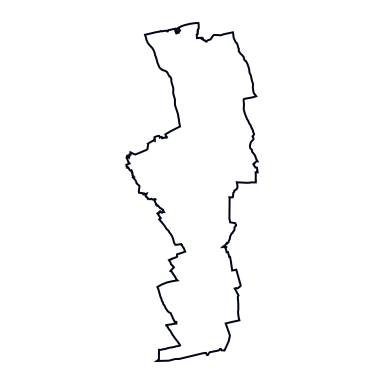 Dealu Morii, Bacau, Romania
{"feature_id": "2599482B68692155897535", "entity_name": "Dealu Morii", "entity_type": "district", "adm_level": 2, "iso_a3": "ROU", "parent_name": "Romania", "parent_adm1": "Bacau", "projection": "albers", "projection_center": [27.291, 46.281], "detail": "fine", "context": "isolated", "style": "outline", "palette": "ink", "viewbox_px": 384, "rotation_deg": 0, "n_neighbors": 0, "source": "geoboundaries", "source_scale": "gbopen_adm2", "svg_char_len": 5951}
<svg xmlns="http://www.w3.org/2000/svg" viewBox="0 0 384 384"><path d="M224.5,350.5L228.6,341.5L229.7,336.8L229.9,335.4L225.7,323.4L239.4,320.3L238.5,316.6L238.0,311.7L238.3,310.2L238.3,303.8L237.8,296.9L238.5,295.4L234.8,288.5L236.2,288.1L237.5,288.3L238.1,288.1L239.0,287.1L239.5,287.0L240.4,286.2L240.7,285.5L236.3,269.7L232.2,270.5L230.7,260.1L230.0,256.8L229.2,256.9L228.0,252.1L226.6,252.2L226.3,250.5L225.2,247.6L226.3,247.3L226.3,246.9L222.5,247.1L223.3,246.3L224.5,245.8L226.2,244.0L226.4,243.6L227.0,243.7L227.4,243.2L227.3,242.8L227.9,242.8L228.6,242.0L229.0,240.4L229.4,240.0L229.9,238.5L230.0,236.8L231.3,234.3L231.5,233.5L232.4,233.1L233.4,231.3L234.1,230.6L234.4,229.8L234.5,227.4L236.0,225.6L236.0,224.6L235.4,223.9L235.3,223.2L230.1,222.3L230.0,220.9L229.4,218.9L229.6,199.6L229.6,197.8L229.4,197.3L232.7,197.3L233.0,196.2L233.3,192.9L234.2,191.8L234.2,190.8L235.8,189.6L236.5,189.4L236.9,188.5L237.3,188.1L237.5,186.8L237.2,184.0L236.8,182.3L246.6,182.8L249.8,182.7L251.2,182.4L255.8,182.4L255.9,180.0L255.7,179.9L255.8,175.1L255.6,172.3L257.7,172.3L257.7,172.1L257.5,171.5L257.1,171.4L257.0,170.8L257.4,170.2L256.9,167.6L255.6,167.5L255.6,167.3L254.9,166.8L253.3,164.2L253.6,163.7L254.2,163.9L255.4,162.2L256.8,161.3L257.5,161.3L256.5,159.7L255.2,156.0L254.8,155.1L252.1,151.7L251.9,149.9L250.2,148.1L250.0,147.1L250.0,145.1L250.7,142.9L251.6,141.2L253.1,139.7L253.5,139.0L253.2,137.3L252.7,136.9L252.5,136.4L253.8,134.8L254.1,134.3L253.1,131.6L253.1,130.7L252.2,129.0L251.8,128.7L251.8,128.0L250.9,126.6L250.7,125.4L248.9,122.9L248.6,121.6L247.0,119.0L244.7,113.1L243.7,109.2L244.0,104.1L243.6,100.8L243.7,99.4L244.2,98.9L252.9,97.3L256.2,96.2L254.0,93.4L253.6,92.5L253.2,90.3L252.8,87.2L253.1,84.2L251.9,80.5L250.8,75.3L249.6,72.9L249.0,68.5L247.5,64.1L246.0,61.2L245.2,60.8L244.4,59.8L244.0,58.8L243.6,56.9L242.3,55.3L240.6,53.7L239.5,52.3L239.1,51.2L238.8,51.2L238.6,50.0L238.9,48.9L238.2,47.5L237.3,44.1L236.8,43.2L235.7,42.2L234.4,39.6L233.8,38.2L233.4,36.1L233.3,34.3L232.9,32.3L223.5,34.3L221.0,35.3L214.1,34.9L212.9,35.9L211.2,38.5L210.4,39.5L208.0,40.2L206.8,41.1L206.6,41.6L205.9,41.5L205.6,41.4L205.0,40.4L203.5,40.1L203.2,39.8L202.8,38.2L202.5,38.0L202.3,37.9L201.6,38.8L200.9,38.2L200.9,37.8L197.0,38.1L196.8,36.5L196.9,35.4L196.7,34.6L197.3,34.3L197.4,33.5L197.8,33.5L197.6,31.3L197.9,31.3L197.9,29.4L198.5,28.9L198.7,28.4L198.7,24.7L198.4,23.0L195.3,23.1L190.1,23.8L184.5,25.2L181.5,26.2L178.9,27.6L178.0,28.1L178.1,28.8L179.1,29.1L180.0,30.6L179.4,31.2L178.0,31.7L177.8,31.2L176.9,31.4L177.3,32.2L178.0,32.2L178.5,32.7L176.3,33.4L175.5,31.5L175.1,29.8L176.6,29.3L176.1,28.7L175.8,28.6L168.3,30.2L168.2,30.7L167.8,31.3L166.8,31.3L166.5,30.9L165.8,30.7L161.3,31.4L161.0,31.0L158.8,31.8L156.9,32.0L145.0,34.8L146.2,38.4L146.3,39.4L147.6,42.6L149.5,45.1L152.5,48.3L153.1,49.3L154.3,51.8L154.4,52.5L154.9,53.7L155.2,55.5L156.0,57.2L157.6,63.1L159.3,67.1L160.2,68.3L161.5,69.4L163.0,70.2L165.1,70.8L167.1,72.1L169.5,76.6L170.3,76.7L171.3,79.0L171.4,81.8L173.3,88.1L173.2,92.8L173.7,95.3L174.4,97.5L175.0,100.0L174.9,102.4L175.0,105.2L177.8,113.6L178.3,116.1L178.4,117.5L178.8,118.7L179.0,120.9L180.0,126.5L170.7,131.2L165.3,134.4L166.3,136.4L167.0,137.2L166.6,137.7L164.6,137.5L163.3,138.0L162.1,138.2L162.1,137.4L161.6,136.9L161.0,136.9L159.9,137.5L159.8,136.9L159.1,135.9L156.5,136.3L154.4,137.3L154.4,138.5L154.6,138.5L154.9,139.4L154.7,139.6L154.8,140.9L153.5,140.4L147.8,143.7L148.2,144.6L147.7,147.0L147.6,148.7L146.7,149.8L137.5,153.7L136.5,153.9L135.6,154.5L134.0,154.1L130.6,152.4L130.6,152.6L130.4,152.6L130.6,154.6L129.3,154.6L129.2,155.4L129.5,156.1L129.4,156.4L129.2,156.9L129.1,157.6L128.7,157.3L127.8,157.6L127.9,157.2L128.1,157.0L128.1,156.5L127.8,155.8L127.3,155.6L127.1,155.8L126.7,157.3L126.5,157.5L126.6,158.0L127.2,158.8L128.4,162.2L128.9,162.4L129.6,163.5L126.3,164.8L126.3,165.1L126.8,166.3L126.6,166.3L126.6,166.8L126.8,167.0L127.2,167.0L127.3,167.8L128.2,167.5L129.1,168.9L129.4,169.6L130.2,170.5L130.5,170.7L131.4,170.2L131.9,171.3L131.7,171.7L132.5,172.8L132.5,173.1L132.1,173.1L132.7,175.0L133.0,175.5L132.6,175.6L132.7,175.9L134.0,177.0L133.0,177.5L134.0,178.5L135.3,180.1L136.3,181.9L136.6,183.3L139.3,185.8L139.4,186.4L139.4,187.3L138.8,191.0L139.0,192.7L143.8,193.4L143.4,194.4L143.9,194.5L146.7,193.6L145.6,196.0L146.5,197.2L147.3,197.4L147.7,198.5L148.3,198.6L148.3,199.1L150.2,199.2L151.5,198.8L152.3,199.5L155.3,199.1L155.5,199.5L155.0,199.7L154.3,200.3L155.9,203.5L156.6,204.5L156.2,204.9L157.2,205.8L157.9,205.5L159.7,207.7L161.3,208.6L161.9,209.3L163.0,209.7L163.0,210.3L164.0,212.1L162.9,212.1L162.5,212.5L161.6,212.6L161.0,211.9L160.1,211.3L159.5,211.8L160.0,212.2L159.5,212.8L158.4,213.6L157.7,213.2L157.4,213.4L160.7,218.2L159.2,219.3L164.3,225.4L166.5,228.9L168.5,230.7L169.2,232.1L171.2,234.8L172.2,236.6L172.9,238.3L174.2,243.0L175.5,244.9L181.2,244.1L181.5,245.0L182.0,245.0L182.5,246.4L183.7,248.0L185.2,251.6L180.5,253.3L177.1,254.3L177.0,254.9L177.2,256.5L176.5,257.1L170.8,259.2L170.6,259.3L170.8,259.5L169.0,260.1L170.6,262.7L170.9,264.1L171.2,264.6L172.3,265.4L173.9,267.3L170.4,271.0L171.6,271.7L172.2,272.3L172.9,273.8L174.3,275.5L175.6,277.7L176.3,279.3L177.5,280.4L172.4,281.2L167.2,282.4L161.8,284.5L157.4,287.0L158.4,289.3L160.5,296.9L161.2,298.3L162.0,301.1L162.9,302.4L163.3,304.2L164.5,305.5L165.2,307.2L165.9,308.6L167.9,311.4L169.6,312.7L170.7,313.1L171.8,315.8L172.3,316.5L172.7,317.8L174.8,322.0L175.2,321.9L175.3,322.3L176.3,322.0L176.4,323.6L173.9,323.8L172.3,324.2L166.2,325.1L166.2,325.4L167.6,326.8L168.6,328.7L170.8,331.5L171.9,333.8L175.7,339.2L177.5,341.4L180.1,345.3L180.0,345.5L178.3,346.1L176.2,346.3L174.9,346.8L168.3,348.0L164.9,349.1L163.5,349.1L160.8,349.9L159.0,349.8L158.9,359.5L156.8,361.0L168.7,360.7L174.9,359.1L177.5,358.9L178.6,359.1L203.6,353.1L206.0,352.9L206.9,354.9L207.7,355.1L209.6,352.3L218.5,350.5L219.1,350.2L220.1,349.0L220.4,348.9L221.0,349.1L221.5,350.3L224.5,350.5Z" fill="none" stroke="#020617" stroke-width="2"/></svg>